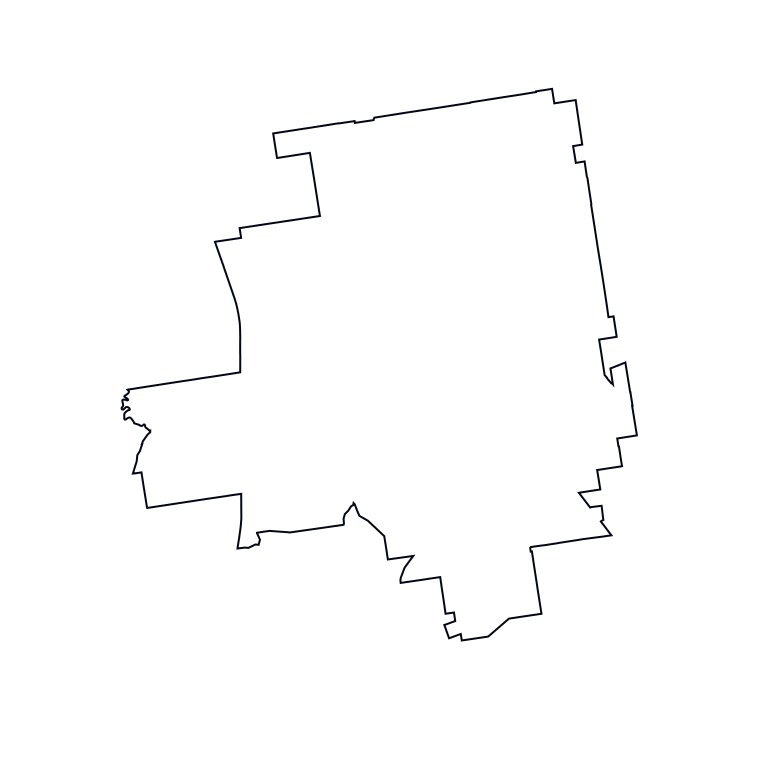 the district of Griffith, New South Wales, Australia, rotated 73°
{"feature_id": "25037944B92431338165184", "entity_name": "Griffith", "entity_type": "district", "adm_level": 2, "iso_a3": "AUS", "parent_name": "Australia", "parent_adm1": "New South Wales", "projection": "robinson", "projection_center": [146.03, -34.335], "detail": "fine", "context": "isolated", "style": "outline", "palette": "ink", "viewbox_px": 768, "rotation_deg": 73, "n_neighbors": 0, "source": "geoboundaries", "source_scale": "gbopen_adm2", "svg_char_len": 5709}
<svg xmlns="http://www.w3.org/2000/svg" viewBox="0 0 768 768"><g transform="rotate(73 384 384)"><path d="M314.5,631.0L314.9,630.8L315.4,630.4L315.9,630.2L316.4,630.1L316.9,630.2L317.3,630.5L317.7,630.8L318.1,631.3L318.4,631.9L318.7,632.9L319.0,633.7L319.2,634.1L319.3,634.9L319.5,635.5L319.8,635.9L320.1,636.0L320.5,635.8L321.0,635.5L321.5,635.0L321.9,634.6L322.4,634.1L323.0,633.7L323.6,633.4L324.1,633.3L324.5,633.5L324.7,633.8L324.7,634.1L324.5,634.5L324.1,635.0L323.6,635.7L323.3,636.3L323.1,636.9L322.8,637.5L322.7,638.1L322.8,638.6L323.0,638.9L323.5,639.1L324.2,639.2L325.4,639.4L326.3,639.4L327.1,639.5L328.0,639.6L328.4,639.8L328.8,640.0L329.2,640.6L329.7,641.3L330.1,641.8L330.5,642.0L331.2,642.1L331.7,641.9L332.1,641.4L332.2,640.9L331.8,639.7L331.2,638.7L330.9,638.0L330.7,637.3L330.9,636.6L331.2,635.8L331.9,635.1L332.5,634.7L333.5,634.5L334.1,634.6L334.4,634.9L334.3,635.9L334.4,636.8L334.7,637.8L335.1,638.8L335.7,639.9L336.4,640.8L337.0,641.3L338.2,641.6L339.1,641.8L340.3,642.2L341.0,642.5L341.7,642.5L342.2,642.3L342.4,641.8L342.4,641.2L341.9,639.9L341.6,638.6L341.5,637.7L341.7,637.1L342.0,636.5L342.6,636.1L343.2,635.8L343.8,635.5L345.3,635.0L346.2,634.7L347.2,634.4L348.1,634.3L348.6,634.3L351.4,630.2L351.6,630.1L351.8,629.9L352.0,629.8L352.1,629.6L352.5,629.2L352.8,628.9L353.0,628.6L353.2,628.3L353.2,628.1L353.2,627.9L353.3,627.8L353.3,627.6L353.2,627.4L353.2,627.2L353.1,626.9L353.0,626.6L352.9,626.4L352.8,626.1L352.7,625.9L352.6,625.7L352.5,625.4L352.6,625.2L352.8,625.0L352.8,624.9L353.0,624.8L353.2,624.7L353.3,624.7L353.6,624.7L353.8,624.7L354.0,624.7L354.1,624.8L354.3,624.8L354.6,624.8L354.8,624.8L355.0,624.8L355.4,624.7L355.5,624.7L355.9,624.6L356.1,624.5L356.3,624.4L356.8,624.1L356.9,623.9L357.0,623.8L357.2,623.7L357.3,623.6L357.5,623.4L357.8,623.2L358.7,622.7L359.6,622.1L359.9,622.0L360.1,621.1L361.8,621.7L362.6,623.4L363.1,624.6L364.6,626.6L368.3,631.4L369.5,632.2L370.7,633.1L370.8,632.8L376.7,637.0L379.9,640.7L382.8,641.9L385.8,643.2L396.2,650.3L396.4,648.8L396.6,648.8L397.6,641.8L414.4,644.2L416.7,644.5L433.1,646.8L433.3,646.7L435.7,630.5L438.1,614.2L439.7,603.3L440.5,597.9L440.5,597.7L442.1,587.0L442.1,586.8L444.6,570.6L444.8,569.3L445.8,562.2L446.9,555.3L447.2,553.5L447.3,552.7L453.7,554.6L454.7,554.9L455.1,555.0L458.0,555.9L466.4,558.4L471.1,559.8L474.1,561.0L479.1,563.0L479.7,563.3L483.0,564.8L486.8,566.6L487.1,566.8L487.7,567.0L488.0,567.1L491.8,569.0L492.4,569.3L493.9,570.0L497.6,571.8L498.5,572.2L498.6,571.5L499.0,569.4L499.7,565.1L501.1,561.5L499.9,553.9L501.1,550.9L496.6,548.1L489.3,549.1L489.1,549.0L491.0,536.3L491.3,535.7L497.9,518.6L498.3,517.9L498.5,517.1L500.1,506.9L500.7,503.1L503.3,486.5L506.8,464.0L506.8,463.8L505.4,463.0L501.1,462.1L497.0,459.5L495.6,456.9L494.8,455.3L491.3,451.2L490.8,448.8L489.0,447.9L490.6,447.2L497.2,446.7L502.9,446.1L510.0,439.4L529.6,428.2L530.6,428.4L538.6,429.5L552.2,431.5L552.9,431.6L553.5,428.0L557.0,406.3L563.0,414.4L563.5,415.1L563.9,415.6L564.4,416.2L564.6,416.6L564.8,416.9L565.1,417.2L565.3,417.5L565.6,417.8L565.9,418.1L566.2,418.4L566.5,418.6L566.8,418.9L567.1,419.1L573.7,424.2L574.0,424.4L574.2,424.5L574.5,424.7L574.8,424.9L575.1,425.1L575.4,425.2L575.7,425.3L576.0,425.5L576.4,425.6L576.7,425.7L577.0,425.8L577.3,425.9L577.7,425.9L578.0,426.0L579.1,426.2L582.7,402.8L583.0,400.4L585.1,386.7L599.2,388.9L601.5,389.2L613.4,391.0L621.7,392.3L623.0,383.9L631.5,385.2L632.0,394.3L632.1,396.8L633.2,396.7L646.2,396.1L645.5,383.7L648.5,384.1L652.0,384.6L656.0,358.2L649.6,343.7L644.9,333.1L647.3,317.0L649.8,300.6L631.6,298.0L631.4,298.0L619.4,296.2L607.0,294.4L598.6,293.2L587.4,291.5L587.2,292.7L583.4,292.1L582.9,291.4L583.2,288.9L584.7,279.6L585.0,278.3L586.9,265.2L587.4,261.2L590.0,243.3L590.4,240.2L590.4,239.9L593.9,219.3L595.2,210.8L589.5,212.9L582.3,215.5L579.7,216.6L578.8,216.8L578.1,214.0L564.1,211.5L562.3,221.8L562.5,222.7L562.4,223.0L562.0,223.1L545.0,229.4L548.1,208.0L528.6,205.3L528.7,204.9L529.9,196.4L532.2,180.8L532.2,180.4L529.8,180.1L521.8,179.0L521.5,178.9L512.5,177.6L512.2,178.0L505.0,177.0L504.3,176.9L507.1,157.2L492.7,155.2L477.4,153.1L477.5,152.7L464.0,150.8L464.0,151.0L463.8,151.0L434.0,146.9L434.6,153.6L435.3,162.5L435.3,162.9L451.3,165.2L449.5,166.0L449.6,166.5L444.1,168.9L443.3,168.9L440.0,170.4L415.9,166.9L404.4,165.3L406.3,152.3L406.9,147.7L402.2,147.0L391.9,145.5L386.4,144.7L386.2,146.4L385.7,149.8L377.0,148.4L369.1,147.2L366.3,146.8L352.9,144.8L335.3,142.3L319.6,140.2L311.6,139.1L311.2,139.0L282.8,134.9L273.0,133.5L272.6,133.1L260.2,131.3L246.3,129.2L245.7,129.3L244.9,129.4L229.8,127.1L229.8,127.3L229.0,133.0L228.9,134.0L228.6,135.9L220.8,134.8L214.7,134.0L211.8,133.6L213.0,124.5L213.0,124.4L212.0,124.3L200.3,122.5L186.1,120.4L168.5,117.7L165.4,139.1L150.9,137.0L148.6,153.0L149.3,153.2L148.6,158.0L147.3,167.8L146.4,174.1L144.6,186.2L140.1,218.1L140.0,219.2L140.3,219.3L136.8,243.8L133.8,264.5L130.8,284.7L126.5,315.3L127.5,316.2L128.6,316.8L125.8,335.5L124.0,335.2L121.6,351.1L121.4,351.2L116.8,383.6L116.8,383.8L116.7,384.0L114.6,398.6L112.0,416.7L120.2,417.9L136.4,420.2L136.6,420.2L137.1,416.9L141.3,387.3L170.4,391.3L190.8,394.2L204.3,396.1L204.6,396.1L200.7,422.5L197.6,443.4L192.7,476.5L202.5,477.9L199.7,496.7L198.6,503.7L198.6,504.1L222.2,503.1L223.0,503.0L226.1,503.0L226.8,503.0L240.5,502.5L258.2,501.9L258.6,501.9L263.7,501.9L268.4,502.2L273.0,502.6L277.6,503.2L282.2,503.9L282.8,504.0L286.5,504.8L290.6,505.9L294.7,507.1L298.6,508.2L298.7,508.3L312.3,512.5L314.6,513.1L330.8,518.1L330.7,518.7L329.9,524.5L327.5,541.2L325.1,557.1L324.1,564.5L323.4,569.3L323.0,572.0L322.8,572.8L322.5,575.1L319.3,597.1L319.3,597.3L317.9,606.8L315.6,622.9L315.6,623.2L314.5,630.3L314.5,631.0Z" fill="none" stroke="#020617" stroke-width="2"/></g></svg>